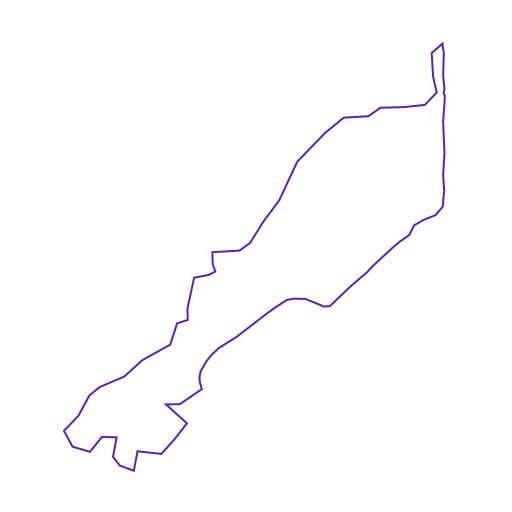 outline of Khojeyli, Karakalpakstan, Uzbekistan, rotated 272°
{"feature_id": "79887680B45163084066424", "entity_name": "Khojeyli", "entity_type": "district", "adm_level": 2, "iso_a3": "UZB", "parent_name": "Uzbekistan", "parent_adm1": "Karakalpakstan", "projection": "albers", "projection_center": [59.321, 42.473], "detail": "fine", "context": "isolated", "style": "outline", "palette": "violet", "viewbox_px": 512, "rotation_deg": 272, "n_neighbors": 0, "source": "geoboundaries", "source_scale": "gbopen_adm2", "svg_char_len": 1155}
<svg xmlns="http://www.w3.org/2000/svg" viewBox="0 0 512 512"><g transform="rotate(272 256 256)"><path d="M41.8,127.2L37.1,141.4L56.7,144.4L54.9,168.3L69.5,180.6L86.4,192.8L104.5,171.2L105.3,185.1L121.1,206.5L127.8,204.3L132.5,203.7L138.5,204.6L148.6,209.8L155.2,214.6L162.2,221.5L175.2,240.3L199.0,269.0L204.7,276.3L213.2,288.4L214.7,295.5L214.8,306.9L207.9,325.6L208.5,331.6L229.6,352.2L243.6,367.5L249.4,372.3L268.4,391.6L269.2,392.4L275.5,399.3L282.3,408.4L292.2,413.0L297.9,422.2L303.2,434.1L311.7,440.8L327.8,441.8L343.8,440.2L355.2,440.5L357.3,440.5L360.7,440.7L365.9,440.7L397.4,438.3L413.8,439.0L423.1,439.1L424.6,437.9L429.5,438.5L443.2,436.7L465.9,436.6L472.5,435.2L474.9,435.0L465.0,424.5L441.6,426.7L425.7,430.9L412.9,419.4L410.0,399.0L408.5,375.2L399.6,363.4L397.3,338.9L381.6,320.9L351.6,293.9L312.5,277.3L290.5,262.1L268.7,249.5L260.8,239.2L258.3,212.3L246.2,213.0L239.1,215.9L235.5,209.5L232.1,194.9L201.0,189.3L189.7,190.0L185.9,179.5L164.4,173.4L148.2,146.4L130.9,128.5L119.7,104.6L110.9,94.4L90.1,84.1L74.6,70.2L59.0,79.4L54.5,96.9L69.8,108.3L69.9,123.1L50.3,120.1L41.8,127.2Z" fill="none" stroke="#5b21b6" stroke-width="2"/></g></svg>